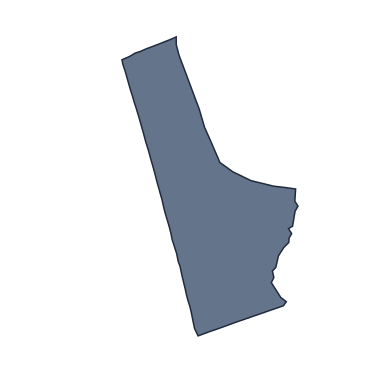 Capão da Canoa, Rio Grande do Sul, Brazil (Robinson projection), rotated 139°
{"feature_id": "56859067B90274299514744", "entity_name": "Capão da Canoa", "entity_type": "district", "adm_level": 2, "iso_a3": "BRA", "parent_name": "Brazil", "parent_adm1": "Rio Grande do Sul", "projection": "robinson", "projection_center": [-49.997, -29.689], "detail": "fine", "context": "isolated", "style": "filled", "palette": "slate", "viewbox_px": 384, "rotation_deg": 139, "n_neighbors": 0, "source": "geoboundaries", "source_scale": "gbopen_adm2", "svg_char_len": 1147}
<svg xmlns="http://www.w3.org/2000/svg" viewBox="0 0 384 384"><g transform="rotate(139 192 192)"><path d="M281.8,79.4L270.1,75.0L263.8,72.4L247.3,66.1L197.7,46.2L192.8,47.3L194.2,54.2L191.6,71.5L186.2,73.9L183.2,79.6L178.3,80.1L168.6,87.1L159.1,89.9L152.1,90.4L148.8,93.6L144.1,95.2L143.2,101.1L138.5,100.2L126.9,109.8L121.3,111.8L120.4,117.6L111.8,126.3L118.7,134.2L126.7,143.0L140.1,162.0L148.0,180.6L150.2,190.2L151.6,195.9L143.9,220.1L140.0,232.8L132.3,249.5L116.0,293.1L112.3,303.2L107.3,313.4L102.2,319.4L108.6,321.4L126.3,327.7L132.3,330.0L138.3,331.8L144.0,334.2L150.4,335.3L158.1,337.8L160.5,333.5L163.2,327.0L165.8,321.4L168.2,316.4L171.3,309.8L174.0,303.5L176.7,297.7L179.3,291.5L183.5,282.2L186.8,275.2L190.5,267.3L193.8,260.7L197.5,252.2L201.5,243.9L205.6,235.1L209.3,227.5L212.1,222.0L214.9,216.0L217.4,210.8L219.5,206.2L222.1,201.5L225.7,194.5L229.3,186.6L231.9,180.9L235.1,174.5L238.2,169.1L240.7,163.3L244.0,155.6L247.9,148.8L249.8,143.8L254.5,135.3L258.2,128.2L261.0,122.8L263.6,118.1L266.6,112.0L268.5,107.4L270.8,103.0L273.6,98.0L276.4,93.1L279.7,87.1L281.8,79.4Z" fill="#64748b" stroke="#1e293b" stroke-width="1.5"/></g></svg>